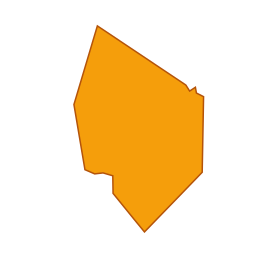 the district of Edmonson, Kentucky, United States of America, rotated 37°
{"feature_id": "52423323B80826277411583", "entity_name": "Edmonson", "entity_type": "district", "adm_level": 2, "iso_a3": "USA", "parent_name": "United States of America", "parent_adm1": "Kentucky", "projection": "natural_earth1", "projection_center": [-86.22, 37.197], "detail": "fine", "context": "isolated", "style": "filled", "palette": "amber", "viewbox_px": 256, "rotation_deg": 37, "n_neighbors": 0, "source": "geoboundaries", "source_scale": "gbopen_adm2", "svg_char_len": 364}
<svg xmlns="http://www.w3.org/2000/svg" viewBox="0 0 256 256"><g transform="rotate(37 128 128)"><path d="M42.1,64.9L70.7,141.8L118.7,187.2L129.0,184.7L135.1,178.9L144.6,175.3L155.4,189.2L187.6,197.2L203.7,201.1L210.9,143.2L213.9,118.7L169.5,57.5L161.6,58.9L157.3,54.9L155.0,61.4L148.4,58.9L42.1,64.9Z" fill="#f59e0b" stroke="#b45309" stroke-width="1.5"/></g></svg>